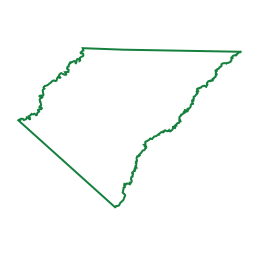 outline of Bermejo, Formosa, Argentina, rotated 92°
{"feature_id": "61730980B55817879292044", "entity_name": "Bermejo", "entity_type": "district", "adm_level": 2, "iso_a3": "ARG", "parent_name": "Argentina", "parent_adm1": "Formosa", "projection": "natural_earth1", "projection_center": [-61.415, -23.947], "detail": "fine", "context": "isolated", "style": "outline", "palette": "green", "viewbox_px": 256, "rotation_deg": 92, "n_neighbors": 0, "source": "geoboundaries", "source_scale": "gbopen_adm2", "svg_char_len": 5721}
<svg xmlns="http://www.w3.org/2000/svg" viewBox="0 0 256 256"><g transform="rotate(92 128 128)"><path d="M47.9,19.2L49.9,135.7L49.8,176.1L52.1,175.3L52.5,176.4L53.1,176.7L54.2,178.0L54.8,177.8L55.1,177.5L55.1,175.7L55.5,175.4L56.6,175.1L57.6,175.4L58.0,175.8L58.5,177.2L59.6,178.6L61.7,178.2L62.2,178.2L62.7,178.8L61.5,179.0L61.0,180.0L60.8,181.1L62.5,181.7L64.2,181.9L65.1,182.3L65.1,182.6L64.7,182.8L63.4,182.4L63.1,182.6L63.0,183.9L63.3,185.0L63.9,185.7L64.2,186.5L64.1,187.1L64.6,188.2L65.4,187.9L65.8,188.7L66.9,189.4L68.6,189.4L68.8,190.3L69.1,190.7L70.0,190.8L70.8,190.9L71.3,190.7L71.7,189.5L72.0,189.3L72.8,189.5L74.0,189.5L74.4,192.9L76.2,191.6L76.8,191.6L77.0,192.2L77.0,193.4L75.5,196.7L75.8,197.3L76.5,198.0L77.6,198.7L78.5,198.6L79.9,197.4L80.3,197.8L80.1,198.6L79.2,198.9L79.0,199.4L79.2,199.7L81.0,200.6L83.2,201.1L83.5,201.6L83.6,202.4L83.0,203.7L83.3,204.4L84.1,205.8L85.0,206.4L85.2,206.7L85.5,206.8L86.3,208.1L87.3,209.0L88.4,210.8L88.8,211.9L88.8,212.4L89.4,213.1L90.0,213.7L90.6,213.8L91.6,212.9L92.8,214.4L93.7,214.6L94.8,214.2L95.8,214.2L96.5,213.9L97.7,213.7L98.5,213.9L98.6,214.0L98.5,214.4L98.7,214.8L98.5,215.8L98.9,217.4L99.3,217.6L99.5,217.4L99.5,216.3L99.9,216.0L99.9,215.3L100.5,214.8L101.2,215.8L101.3,216.5L102.9,217.3L104.2,216.8L104.9,216.9L105.1,216.7L105.1,216.4L108.0,215.6L108.9,216.0L109.0,216.5L109.4,216.9L110.2,217.3L110.4,217.1L110.5,216.1L110.7,215.2L111.4,214.8L112.2,215.4L112.1,215.9L112.5,216.6L112.7,217.9L113.2,218.6L113.5,218.6L114.3,217.6L114.7,217.4L116.1,219.1L117.1,219.3L117.5,219.6L118.0,219.5L118.4,220.0L118.3,220.5L117.5,221.1L117.0,222.0L117.0,222.3L117.5,222.7L117.7,223.2L117.6,224.1L117.3,224.9L118.4,225.6L119.9,227.9L120.3,227.9L120.4,227.2L121.0,226.5L122.2,226.2L122.6,226.2L122.7,226.4L122.1,227.6L121.5,228.2L121.0,229.5L121.5,229.5L122.9,230.3L123.2,231.4L123.7,232.3L123.5,232.7L123.0,232.8L122.5,233.5L122.4,234.3L122.7,235.7L123.2,236.4L124.1,236.3L124.3,236.0L124.8,236.2L124.7,236.8L124.0,236.9L123.7,237.1L123.7,237.3L124.1,237.9L208.2,137.5L207.2,137.9L206.9,137.4L206.5,137.3L206.1,135.0L205.5,134.2L203.0,133.0L200.5,130.5L199.8,130.0L198.0,129.3L197.3,129.3L196.0,128.5L194.9,128.6L194.2,129.4L193.9,129.6L193.4,130.5L192.6,131.1L191.6,130.7L190.3,130.7L188.9,130.2L188.0,130.5L187.6,130.3L187.3,129.2L187.0,129.0L186.3,129.2L185.7,129.7L185.1,129.6L184.9,129.8L183.9,129.6L184.0,129.1L184.9,129.0L185.0,128.8L184.7,128.3L184.2,128.2L183.6,127.5L183.8,127.1L183.6,126.6L183.6,125.8L183.8,125.1L183.4,124.7L184.1,124.4L184.2,124.2L183.9,124.0L183.4,124.2L183.1,123.9L182.5,124.1L182.4,123.6L182.8,123.3L181.8,122.8L181.5,122.5L180.0,122.6L179.3,123.2L177.7,123.1L177.0,122.9L176.9,122.4L176.5,121.9L176.1,122.0L175.8,121.7L175.4,121.9L173.8,121.3L173.3,122.2L172.7,122.3L172.2,122.1L172.1,121.7L171.6,121.2L170.4,120.5L170.4,120.2L170.7,119.8L170.6,119.6L170.0,119.8L169.7,120.1L169.0,119.8L168.5,119.9L168.1,119.4L168.3,119.1L167.7,119.0L167.5,118.4L167.0,119.2L166.7,118.8L165.8,119.1L165.7,119.1L165.7,118.6L165.4,118.5L163.8,118.5L163.2,118.3L162.2,118.5L162.4,118.8L162.4,119.0L161.6,118.9L161.1,118.7L161.0,118.0L160.7,117.8L157.8,118.4L156.0,117.8L155.7,117.1L156.0,116.7L156.0,116.3L155.4,116.0L155.0,115.4L154.6,115.8L154.2,115.9L152.4,114.0L150.8,113.1L149.8,112.1L149.6,111.0L148.6,110.3L147.9,110.1L147.4,109.3L147.0,109.1L145.9,109.2L145.8,109.5L146.3,110.0L145.5,110.6L144.9,110.2L144.2,111.4L144.0,111.1L144.1,110.4L143.7,110.0L142.2,110.0L141.7,110.3L141.3,110.2L140.8,109.6L140.3,108.3L139.4,107.0L138.7,106.1L138.0,105.8L137.7,105.3L137.7,105.0L138.0,104.7L138.2,103.5L137.0,102.7L135.6,101.5L135.2,99.7L133.9,97.9L133.5,97.3L133.5,96.8L132.8,97.0L132.4,96.2L131.1,94.8L131.1,93.9L130.5,93.6L130.4,93.2L130.5,92.9L131.0,92.6L131.0,92.4L130.2,91.8L129.5,91.8L129.2,91.4L129.0,90.7L129.6,89.6L129.8,88.4L129.4,87.4L128.7,86.9L129.1,86.7L129.2,85.7L129.8,86.1L129.9,85.5L129.7,85.2L129.2,85.1L128.6,84.0L128.1,83.5L126.4,83.0L126.4,81.6L125.6,82.1L125.6,83.1L125.3,83.1L125.0,82.0L125.4,81.3L125.4,80.9L123.8,81.0L122.8,79.9L123.7,79.9L123.8,79.7L122.3,79.5L121.8,79.2L121.3,78.4L121.3,77.4L120.5,76.8L118.5,77.0L118.5,76.7L119.0,76.2L119.1,75.9L118.3,76.1L117.9,76.8L117.2,76.7L116.3,77.1L114.9,76.8L114.3,75.9L112.9,75.5L112.7,75.3L112.9,74.7L111.4,73.0L111.2,72.5L110.4,73.0L109.7,72.6L109.7,72.1L110.2,71.7L110.1,71.2L109.5,71.1L108.9,70.5L108.6,71.5L108.2,71.6L108.4,70.8L109.4,69.6L109.3,69.1L108.7,68.9L108.5,69.1L108.3,69.8L108.1,69.9L107.6,68.4L107.2,68.2L106.6,68.7L106.3,67.5L105.2,66.5L104.4,66.1L103.3,66.2L102.1,65.7L101.8,65.2L101.6,63.9L101.3,63.9L100.5,64.7L99.6,64.5L99.1,64.8L98.9,64.7L98.6,63.6L98.2,63.5L97.9,64.1L98.5,64.5L98.4,64.8L98.2,64.9L96.4,63.2L96.0,63.4L94.4,63.4L93.9,62.1L92.6,61.3L91.0,59.7L90.7,59.7L90.8,60.3L90.6,60.5L89.9,60.4L89.3,59.7L89.1,60.6L88.9,60.6L88.2,59.5L87.2,60.3L86.6,60.3L86.3,59.6L85.8,59.3L86.0,58.4L85.2,57.5L85.2,56.6L84.1,55.8L83.4,54.3L83.1,52.9L84.0,51.7L84.1,51.2L83.0,50.9L82.4,50.4L82.0,50.5L81.7,50.2L81.0,50.7L80.4,50.7L78.5,49.4L78.2,48.6L78.4,47.5L78.3,47.3L77.8,47.4L77.3,46.2L77.3,45.9L77.8,45.5L77.7,45.1L77.3,44.9L75.8,45.0L75.6,43.9L74.6,43.6L74.0,42.4L72.6,42.2L72.2,41.7L71.0,42.2L70.9,42.1L71.0,41.3L70.8,41.3L69.9,42.0L67.4,42.5L67.2,42.2L67.1,41.7L67.9,41.8L68.1,41.6L68.0,41.3L66.2,41.0L65.5,39.3L64.1,38.7L64.0,38.0L63.4,37.6L63.0,36.9L62.3,36.6L61.5,36.9L60.9,36.7L60.4,36.1L60.1,35.5L59.8,33.4L59.9,32.1L60.1,31.8L59.5,31.3L59.3,29.7L58.5,28.2L58.3,27.9L57.8,27.9L57.3,27.3L56.4,26.9L54.1,27.2L54.0,26.8L54.4,26.1L54.3,25.9L53.4,26.4L52.8,26.2L52.2,25.5L51.7,24.6L51.8,24.1L51.6,23.4L51.6,22.2L51.3,22.1L50.9,22.6L50.7,22.5L49.7,20.8L48.3,19.4L48.4,18.4L48.1,18.1L47.8,18.1L47.9,19.2Z" fill="none" stroke="#15803d" stroke-width="2"/></g></svg>